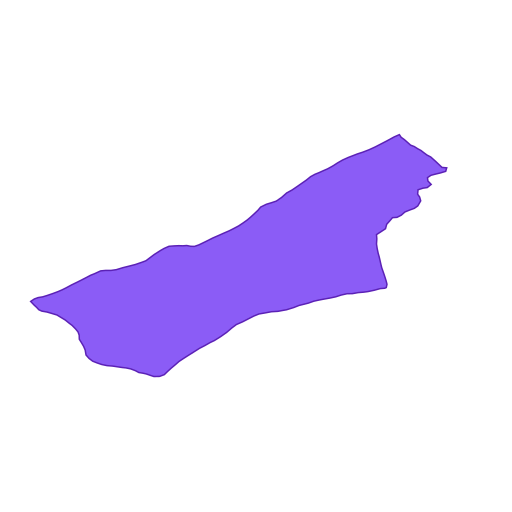 VI-5 Left Bank Upper Canj, East Berbice-Corentyne, Guyana, rotated 51°
{"feature_id": "73187651B6333666971836", "entity_name": "VI-5 Left Bank Upper Canj", "entity_type": "district", "adm_level": 2, "iso_a3": "GUY", "parent_name": "Guyana", "parent_adm1": "East Berbice-Corentyne", "projection": "equal_earth", "projection_center": [-57.57, 5.44], "detail": "fine", "context": "isolated", "style": "filled", "palette": "violet", "viewbox_px": 512, "rotation_deg": 51, "n_neighbors": 0, "source": "geoboundaries", "source_scale": "gbopen_adm2", "svg_char_len": 2586}
<svg xmlns="http://www.w3.org/2000/svg" viewBox="0 0 512 512"><g transform="rotate(51 256 256)"><path d="M362.5,174.6L360.4,172.0L357.4,170.6L354.4,169.4L351.0,168.1L347.4,166.8L344.3,165.7L341.1,164.2L337.9,162.6L334.2,160.8L330.7,159.3L326.4,157.1L322.5,154.8L318.7,151.3L315.2,148.9L315.7,144.4L316.3,138.2L313.6,134.5L312.9,130.1L312.1,125.8L314.7,122.1L315.7,117.4L315.5,112.6L317.0,107.6L318.6,103.0L318.9,98.8L316.8,93.3L313.1,91.7L309.7,91.5L306.5,88.4L308.4,83.5L310.6,79.8L310.6,74.8L305.9,75.2L303.0,73.4L303.4,69.2L305.3,65.0L307.5,60.4L309.6,55.3L307.5,52.3L304.2,55.7L295.2,56.9L289.0,57.9L285.1,59.6L281.2,60.6L277.8,61.4L274.2,62.9L270.6,64.1L267.1,66.1L263.3,66.7L259.2,67.4L255.0,68.5L251.9,68.2L250.4,73.7L248.9,81.9L247.5,88.7L246.3,94.5L244.6,101.2L242.5,107.7L240.4,113.2L239.0,117.6L237.5,122.2L235.9,128.3L235.0,133.9L234.3,140.1L233.3,145.6L232.1,149.9L230.9,154.5L229.6,158.7L228.7,163.7L228.7,169.1L228.3,174.8L227.9,180.4L227.4,186.4L226.3,192.4L226.6,199.2L226.1,205.7L224.3,210.5L222.3,215.4L220.9,221.6L221.7,225.7L222.1,230.9L222.4,235.8L222.5,240.1L222.2,245.1L221.7,250.5L220.7,255.6L219.6,260.8L217.9,266.9L216.3,272.9L214.8,278.3L213.2,285.7L211.4,293.4L209.8,297.8L207.3,300.7L204.3,303.2L202.0,306.5L199.4,309.5L196.4,313.6L193.7,317.5L192.3,322.6L191.6,326.9L190.8,334.0L190.4,344.6L189.1,348.5L186.7,355.1L184.0,361.0L181.3,366.8L178.7,373.2L176.0,377.7L172.4,382.2L169.8,386.1L168.2,392.4L166.9,396.6L165.6,403.1L163.9,411.1L162.5,417.0L161.3,423.4L160.3,427.9L159.1,432.2L157.4,437.3L155.2,443.3L153.5,447.5L151.2,451.5L149.9,455.3L149.5,459.7L154.6,459.3L157.9,458.8L161.1,458.6L164.1,457.1L168.0,453.7L171.9,451.0L176.6,447.8L180.8,446.3L185.8,444.5L190.6,443.5L194.1,442.6L199.1,442.1L203.0,442.1L206.2,443.2L209.5,445.7L213.6,446.2L217.6,446.8L221.5,447.9L226.0,450.4L230.6,450.2L235.0,449.1L238.9,446.9L243.2,444.2L247.4,440.8L251.3,436.7L258.4,430.2L261.1,427.5L264.9,424.4L269.2,421.9L272.8,420.4L275.7,417.8L278.6,415.5L281.8,413.5L285.4,411.2L288.9,406.7L290.5,401.9L290.1,397.5L289.8,392.5L289.7,386.6L289.5,382.2L290.0,376.9L290.6,371.5L291.4,364.9L292.2,358.0L293.4,352.2L294.4,346.1L295.5,341.6L296.4,334.3L296.9,326.7L296.7,320.2L296.9,314.4L298.7,307.9L300.1,301.2L301.3,295.5L302.9,290.2L306.2,284.3L309.0,279.1L312.8,273.8L314.9,269.9L317.0,266.1L319.8,259.1L321.5,253.7L325.5,245.1L327.5,239.5L329.8,234.9L332.1,230.6L335.2,225.0L337.9,219.7L339.9,214.5L342.6,209.0L345.9,204.8L348.7,199.7L351.9,195.0L354.1,191.4L357.0,185.7L359.5,180.0L362.1,176.2L362.5,174.6Z" fill="#8b5cf6" stroke="#5b21b6" stroke-width="1.5"/></g></svg>